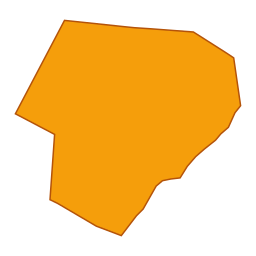 Cedro de São João, Sergipe, Brazil
{"feature_id": "56859067B48791321223866", "entity_name": "Cedro de São João", "entity_type": "district", "adm_level": 2, "iso_a3": "BRA", "parent_name": "Brazil", "parent_adm1": "Sergipe", "projection": "orthographic", "projection_center": [-36.887, -10.273], "detail": "fine", "context": "isolated", "style": "filled", "palette": "amber", "viewbox_px": 256, "rotation_deg": 0, "n_neighbors": 0, "source": "geoboundaries", "source_scale": "gbopen_adm2", "svg_char_len": 454}
<svg xmlns="http://www.w3.org/2000/svg" viewBox="0 0 256 256"><path d="M54.6,134.4L50.0,199.7L57.6,203.4L96.4,226.2L121.3,235.6L136.5,215.7L143.1,209.1L156.2,186.0L162.5,180.7L170.8,179.0L180.1,177.9L187.3,166.3L195.7,156.6L204.3,149.1L215.6,140.1L220.8,133.9L228.4,127.3L235.0,112.7L240.6,105.7L233.7,57.9L227.0,53.4L193.4,32.0L151.0,28.8L134.3,27.7L124.4,26.7L64.5,20.4L15.4,113.8L54.6,134.4Z" fill="#f59e0b" stroke="#b45309" stroke-width="1.5"/></svg>